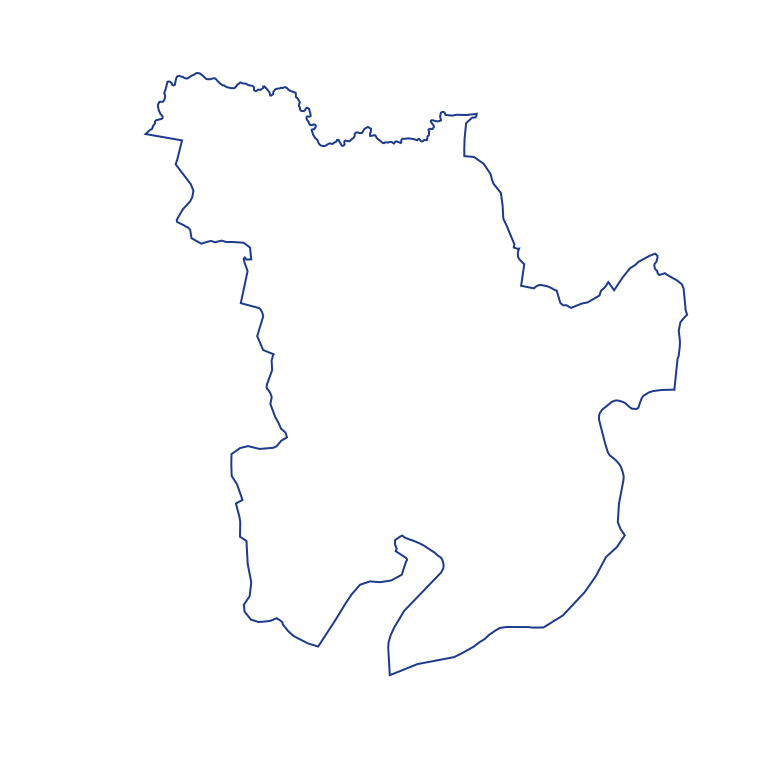 Wusab Al Aali, Dhamar, Yemen, rotated 12°
{"feature_id": "15242507B81137292307075", "entity_name": "Wusab Al Aali", "entity_type": "district", "adm_level": 2, "iso_a3": "YEM", "parent_name": "Yemen", "parent_adm1": "Dhamar", "projection": "mercator", "projection_center": [43.763, 14.333], "detail": "fine", "context": "isolated", "style": "outline", "palette": "blue", "viewbox_px": 768, "rotation_deg": 12, "n_neighbors": 0, "source": "geoboundaries", "source_scale": "gbopen_adm2", "svg_char_len": 6164}
<svg xmlns="http://www.w3.org/2000/svg" viewBox="0 0 768 768"><g transform="rotate(12 384 384)"><path d="M450.2,667.6L475.0,651.0L509.4,636.5L515.2,632.0L526.2,622.4L531.2,616.6L535.5,612.6L538.8,607.7L543.6,602.6L548.1,598.5L554.4,596.2L576.6,591.6L579.9,591.4L590.6,589.0L607.1,573.2L623.4,546.2L631.2,527.9L637.1,507.1L645.6,495.3L651.0,482.0L645.5,476.7L641.4,470.5L638.7,452.0L638.2,428.2L637.7,424.6L635.9,420.7L633.0,415.8L631.2,413.9L627.2,410.8L623.8,408.8L619.7,406.9L617.3,404.5L612.7,396.3L601.6,373.9L601.0,370.3L601.1,367.6L602.8,363.7L610.6,354.1L612.9,352.4L615.9,351.5L620.7,351.8L623.6,352.4L629.3,355.7L631.5,356.6L636.3,355.9L637.7,354.4L638.8,345.5L639.5,343.1L640.3,341.5L645.2,336.9L648.8,334.9L656.6,332.2L668.4,329.3L669.2,329.3L665.9,298.0L666.4,295.1L665.5,285.8L664.6,280.7L661.2,270.5L661.1,262.0L663.7,256.9L666.1,253.2L663.8,249.3L657.2,228.3L654.5,224.4L648.9,221.7L637.9,218.3L635.8,217.2L630.5,220.2L628.7,218.8L627.7,216.6L625.7,215.5L624.4,213.7L623.7,211.7L623.7,210.4L624.8,208.2L625.2,206.8L625.2,203.0L624.7,201.7L622.0,200.1L616.5,203.9L607.6,211.5L605.1,215.2L600.7,219.5L595.4,229.8L589.6,244.5L582.2,237.7L580.1,243.2L576.8,247.9L576.4,252.6L566.1,261.9L560.7,264.2L551.1,270.7L546.2,269.0L542.9,269.8L539.6,268.0L533.4,256.6L531.8,256.7L528.0,255.4L523.7,254.5L516.9,254.5L514.9,255.1L512.7,256.7L510.7,259.3L497.7,259.4L496.3,237.7L491.2,234.4L488.9,232.2L487.7,228.4L487.6,226.2L488.0,223.5L486.8,224.0L482.5,223.5L482.5,220.3L471.3,204.0L466.3,197.4L462.9,184.7L458.6,172.8L449.3,165.2L447.3,162.0L444.6,156.5L435.7,147.9L424.8,143.2L415.2,144.4L413.6,137.2L411.8,127.1L410.1,111.7L414.9,105.1L418.0,104.3L418.6,102.8L418.5,100.4L416.2,101.4L411.6,102.7L409.7,103.6L399.2,105.5L395.0,107.3L388.3,108.0L386.6,105.8L385.1,105.5L384.0,106.0L383.3,106.9L383.2,110.6L384.9,114.2L384.3,114.9L381.5,116.1L376.2,115.9L375.4,116.3L375.2,117.0L375.4,117.9L378.7,120.8L379.4,122.0L378.6,124.3L377.9,124.8L376.1,124.7L374.7,125.7L374.7,126.5L375.7,127.8L375.7,129.0L376.2,130.7L376.0,131.7L375.3,132.4L375.1,133.3L375.2,136.5L374.5,136.8L372.8,136.8L371.7,138.3L370.5,138.9L369.8,138.9L367.5,137.0L366.8,137.1L365.7,138.7L362.7,138.3L356.8,138.6L352.9,140.0L351.4,140.1L350.8,140.6L350.4,141.6L350.3,142.9L350.6,143.6L350.3,144.8L345.5,144.0L344.5,145.0L343.7,146.7L341.5,145.8L339.9,145.8L337.5,147.1L335.7,147.1L334.6,147.6L334.1,148.4L332.8,148.5L326.5,145.4L325.2,144.3L324.5,143.2L323.9,143.1L323.6,142.6L322.9,142.6L319.4,144.2L318.8,144.2L318.3,142.1L318.6,139.7L318.4,137.3L315.9,136.2L314.7,136.0L311.8,138.5L310.3,143.0L308.3,143.7L305.4,143.4L304.1,144.1L303.3,145.4L303.8,147.4L302.9,149.9L301.6,151.1L299.5,153.9L295.7,153.9L294.9,154.5L294.9,155.8L295.7,157.8L295.1,159.0L294.0,159.7L293.3,159.7L292.9,159.4L288.7,154.7L287.8,154.7L287.2,155.2L286.9,156.9L285.0,158.3L283.7,159.9L280.5,160.0L277.5,162.8L276.5,163.5L275.1,163.9L272.5,163.8L271.1,163.0L269.9,161.9L268.1,159.1L265.2,157.5L265.7,157.6L265.2,157.4L263.1,155.2L260.4,150.7L260.5,150.2L261.1,149.8L262.8,149.3L263.7,146.6L263.6,145.5L262.5,144.7L261.3,144.6L259.9,145.7L258.0,146.0L256.0,144.0L255.6,143.1L253.4,141.2L252.9,140.0L252.8,138.6L253.1,138.3L255.6,138.0L256.4,137.5L256.5,136.9L255.5,134.2L253.4,130.4L251.9,129.8L250.7,130.0L249.5,133.0L248.9,133.7L247.0,134.1L245.7,133.9L244.7,132.8L244.4,131.4L243.0,129.8L242.8,128.0L243.1,125.9L240.5,122.9L238.1,121.5L237.6,119.0L237.0,117.5L231.1,116.7L229.9,116.3L227.9,114.9L225.9,114.2L225.3,114.2L223.2,115.6L221.7,115.6L220.7,116.6L219.1,116.9L216.8,118.1L216.0,118.9L215.1,121.1L215.2,123.6L213.8,125.2L212.9,125.5L211.3,122.5L207.4,119.3L204.9,117.7L204.0,118.1L204.4,119.4L202.0,122.0L199.6,122.2L198.4,123.8L197.7,124.2L196.6,124.1L195.9,123.6L195.4,122.7L195.4,121.4L195.1,120.8L193.2,119.7L189.5,119.9L188.5,119.7L186.8,118.9L182.6,119.4L181.1,118.8L180.5,119.1L180.0,120.0L178.5,121.4L176.7,125.2L175.7,125.8L173.3,126.4L168.1,126.3L165.3,125.1L164.3,125.5L161.7,124.4L158.7,122.6L155.6,120.3L153.8,120.3L150.2,122.2L147.4,122.6L146.4,122.4L142.4,120.0L140.1,118.9L139.1,118.5L137.3,118.6L136.5,118.6L135.7,119.1L133.9,120.9L131.6,122.5L128.1,126.1L125.7,126.3L123.6,125.5L119.7,125.3L117.8,126.1L117.1,128.5L117.2,133.3L117.2,134.8L116.8,135.3L116.3,135.7L114.8,135.6L113.4,133.5L111.9,132.9L110.6,132.8L109.4,133.4L109.1,141.4L108.6,144.4L108.8,145.6L109.8,147.0L110.0,147.9L110.2,150.4L109.9,152.2L109.3,153.6L108.7,154.0L105.7,154.7L104.9,157.4L105.0,159.0L106.7,162.9L109.3,166.5L110.9,167.4L111.5,168.1L112.0,168.9L112.1,170.1L111.2,171.0L106.4,173.3L105.8,174.1L105.4,175.0L105.8,176.9L104.5,179.5L104.1,182.5L103.8,183.1L102.5,183.9L98.8,189.1L135.8,187.7L135.1,207.5L134.5,212.4L153.6,228.9L157.4,234.6L157.6,241.2L156.3,245.8L150.9,255.0L147.1,266.5L148.0,268.6L155.1,270.3L157.9,271.4L160.0,271.7L162.3,273.4L165.4,281.4L176.0,284.7L184.9,280.0L189.3,280.5L195.3,277.5L200.3,277.9L206.3,276.6L217.3,275.0L224.6,278.4L228.2,289.7L223.6,290.9L221.6,289.2L220.7,290.5L222.0,293.7L227.1,301.9L227.1,334.7L245.5,335.7L247.4,336.4L250.0,339.3L251.8,343.0L250.0,363.5L258.7,375.9L269.8,377.9L269.5,378.3L269.2,384.5L271.7,393.6L269.6,408.6L269.8,411.6L270.8,413.1L272.3,414.1L274.7,416.6L276.9,420.2L277.0,427.1L284.3,438.7L289.1,444.3L292.7,449.2L297.7,452.0L300.2,456.4L295.3,460.8L291.8,467.3L289.2,469.3L275.8,473.4L264.0,473.0L256.5,476.6L249.4,484.3L251.3,494.2L254.1,505.6L260.9,512.4L269.7,526.8L264.0,531.7L270.3,544.2L272.1,549.0L274.9,563.3L282.1,566.1L288.0,588.1L295.4,605.6L296.7,619.5L292.8,629.0L294.9,635.6L302.8,642.1L310.8,642.9L318.5,640.6L322.8,638.9L327.6,635.4L329.0,636.1L330.5,636.3L334.0,638.1L334.9,640.0L341.4,645.5L348.1,649.4L363.7,653.6L374.2,654.5L385.5,625.1L392.2,606.2L396.1,596.5L402.3,585.3L411.3,580.0L421.3,578.7L431.8,574.7L441.0,566.9L442.4,553.9L443.1,551.2L442.5,550.2L441.0,549.2L430.2,545.1L430.7,542.8L428.0,538.3L427.3,534.4L431.6,529.8L433.4,528.4L436.0,529.9L443.6,531.1L443.7,530.9L451.7,532.4L456.1,533.6L468.7,538.5L472.1,540.5L475.6,541.9L477.5,543.8L479.5,547.3L480.2,550.3L480.3,552.0L479.0,556.6L450.9,601.7L444.5,620.4L442.7,628.7L442.2,635.0L442.8,640.5L450.2,667.6Z" fill="none" stroke="#1e3a8a" stroke-width="2"/></g></svg>